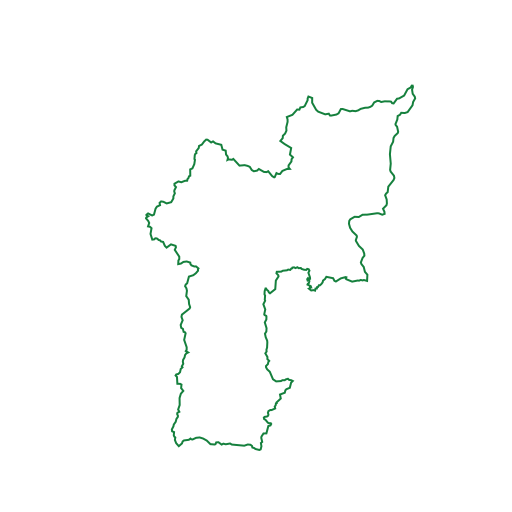 Li, Lamphun, Thailand, rotated 194°
{"feature_id": "78962969B62404267117906", "entity_name": "Li", "entity_type": "district", "adm_level": 2, "iso_a3": "THA", "parent_name": "Thailand", "parent_adm1": "Lamphun", "projection": "orthographic", "projection_center": [98.889, 17.796], "detail": "fine", "context": "isolated", "style": "outline", "palette": "green", "viewbox_px": 512, "rotation_deg": 194, "n_neighbors": 0, "source": "geoboundaries", "source_scale": "gbopen_adm2", "svg_char_len": 6087}
<svg xmlns="http://www.w3.org/2000/svg" viewBox="0 0 512 512"><g transform="rotate(194 256 256)"><path d="M205.8,68.6L204.7,69.5L204.7,72.7L206.0,75.7L205.0,77.1L206.9,80.8L207.0,82.1L205.8,85.6L203.0,86.4L202.9,94.0L201.0,95.1L200.6,96.7L201.2,97.3L203.1,96.9L204.1,97.1L207.1,99.3L208.7,99.8L209.3,101.1L208.7,102.0L206.5,102.9L205.6,104.0L205.6,105.2L206.5,106.7L206.4,108.5L204.9,110.0L203.6,110.3L200.5,112.7L201.4,114.4L200.8,115.9L201.0,117.5L200.3,118.2L200.7,118.8L197.5,123.7L199.2,127.4L195.0,130.3L195.0,132.8L194.3,134.1L191.3,136.3L191.3,141.6L190.1,143.6L191.7,144.0L193.9,143.8L195.3,144.6L197.2,143.5L198.1,142.4L200.3,141.9L201.5,140.7L206.1,139.2L209.7,140.5L214.6,147.0L217.7,148.7L219.3,150.4L219.7,151.6L218.3,154.0L218.4,156.2L217.8,157.4L220.0,158.7L220.5,160.8L223.4,163.8L222.6,165.9L223.2,167.5L223.1,169.8L224.1,174.9L224.7,176.6L226.9,179.5L228.5,182.8L227.7,185.2L228.3,188.5L231.4,193.7L230.6,196.9L231.2,199.7L231.6,200.4L233.4,200.8L233.9,201.4L234.1,206.4L237.2,211.0L236.3,214.8L236.9,215.7L237.6,219.8L238.5,220.9L239.1,224.0L238.9,226.8L238.3,226.9L237.6,226.0L235.6,225.0L234.7,223.8L233.4,223.2L229.3,228.5L230.8,237.0L229.2,241.6L229.7,242.7L232.0,244.2L232.0,245.7L227.8,246.9L226.4,248.2L222.5,249.6L221.5,250.6L219.4,250.8L218.7,252.4L217.9,252.8L217.8,253.6L216.3,254.2L214.8,253.8L213.1,255.1L211.7,254.5L209.6,255.2L208.7,254.5L206.0,254.3L203.8,254.7L203.2,255.9L201.7,255.9L200.6,254.7L201.1,252.4L198.5,248.4L198.0,246.9L198.6,246.4L200.2,247.1L200.7,245.9L200.1,244.9L199.3,246.0L198.1,244.6L198.2,242.4L199.0,241.6L199.1,240.7L195.6,240.0L194.9,238.9L196.1,238.6L195.9,237.7L196.7,237.1L194.1,235.9L192.0,236.8L190.3,236.7L190.4,238.8L189.1,239.2L189.2,240.6L188.3,241.0L187.9,242.8L186.9,243.0L185.8,244.6L185.0,246.5L185.0,248.4L183.5,250.3L182.7,252.8L175.8,253.1L173.9,250.9L172.3,250.6L168.3,254.8L164.0,257.2L163.2,257.2L163.4,255.7L162.7,255.3L156.5,254.4L151.4,256.8L150.0,257.0L148.6,258.1L146.6,258.1L145.5,258.8L142.2,258.7L143.4,264.8L146.5,267.0L148.8,271.4L151.8,273.7L152.7,275.1L152.1,280.0L150.9,282.5L151.6,284.6L154.0,288.1L158.6,290.7L162.6,294.7L163.0,295.5L162.7,299.0L163.3,300.2L168.4,303.1L171.5,306.1L173.6,309.8L174.0,312.6L173.4,314.4L169.8,317.9L165.7,318.7L162.6,321.8L157.9,323.1L148.8,326.8L147.1,327.1L143.5,326.6L141.4,328.0L142.1,330.0L144.2,332.6L141.7,336.8L141.7,338.7L142.9,342.5L145.4,346.2L144.9,348.0L143.7,349.8L144.4,355.3L140.9,363.0L140.6,365.2L141.6,367.3L145.8,370.5L146.7,372.0L147.6,378.2L150.7,387.2L151.8,395.0L150.6,400.0L151.1,403.8L150.5,406.0L148.2,409.6L148.1,410.9L150.4,415.6L152.1,416.8L152.6,417.7L151.9,422.6L152.4,426.1L150.5,427.8L149.7,430.1L146.3,430.7L143.7,432.3L140.6,440.1L140.8,443.5L139.7,447.4L140.5,449.0L143.2,451.3L144.8,455.1L144.6,458.0L145.2,459.2L146.1,459.0L146.7,456.9L149.3,454.5L151.1,447.5L155.3,443.5L157.2,442.7L159.4,437.3L160.9,437.2L162.2,438.4L163.3,438.4L168.6,437.2L171.8,435.7L173.8,436.2L175.8,435.9L178.5,433.6L179.6,430.0L181.1,428.4L183.1,427.1L186.1,426.2L190.0,424.1L192.1,422.0L194.4,420.6L197.7,420.2L199.8,419.1L207.6,419.6L209.2,419.1L210.4,414.4L212.2,412.7L217.1,410.4L218.2,410.2L219.8,411.7L223.1,410.2L230.6,411.1L233.0,412.4L238.6,418.3L239.7,422.9L243.7,423.4L244.0,421.3L243.6,419.7L245.0,413.3L246.2,412.0L248.9,410.9L249.3,408.5L251.5,408.1L254.8,401.8L259.7,398.3L258.4,396.1L257.8,393.8L257.8,388.2L256.8,385.0L257.4,381.8L259.0,379.2L258.6,376.8L260.2,373.5L255.2,371.5L248.0,369.3L247.6,362.6L244.0,360.7L244.9,358.5L244.5,356.3L246.3,351.8L245.9,349.9L244.3,348.7L247.2,347.8L251.0,344.9L252.5,341.4L254.5,341.0L256.2,341.4L256.9,337.1L257.4,336.7L259.6,337.4L264.7,341.2L265.9,340.0L268.6,339.5L274.3,341.1L275.6,339.1L278.6,337.7L280.9,338.4L283.6,341.0L285.9,341.4L289.0,341.4L293.9,339.7L301.5,344.7L302.5,343.6L305.9,343.1L306.9,342.3L306.9,344.3L307.7,345.8L309.6,347.2L310.9,350.9L314.2,351.1L316.6,355.5L322.5,355.5L325.4,356.8L327.0,355.3L331.1,357.1L332.5,356.9L334.0,354.6L335.5,351.0L337.9,349.0L337.7,346.9L339.4,343.1L338.7,341.4L339.6,340.4L339.8,339.1L339.2,335.2L338.5,334.6L338.1,330.2L338.9,325.6L340.8,324.1L339.2,318.0L340.3,317.1L340.4,315.3L341.1,314.0L341.0,312.4L343.1,311.8L346.3,309.5L349.3,309.6L352.6,306.4L352.2,304.8L350.3,303.5L351.1,300.0L350.9,298.7L349.9,297.2L350.6,293.9L350.1,291.8L351.3,287.7L355.4,285.4L359.0,286.2L361.3,286.0L362.4,284.2L361.4,282.1L364.1,279.9L364.9,277.6L365.0,271.5L366.6,270.2L371.0,271.2L372.3,269.5L372.1,269.0L370.2,268.5L371.8,266.7L371.8,265.9L369.1,264.0L367.6,262.2L367.9,258.6L365.9,258.7L364.1,257.7L363.7,251.9L360.6,246.8L358.8,247.5L358.0,248.8L357.2,249.0L355.9,248.9L354.4,248.0L352.9,248.0L351.7,247.1L349.5,247.2L346.9,243.8L344.8,242.5L341.3,246.7L336.5,246.4L335.8,245.2L336.3,242.3L330.3,236.8L329.7,234.4L330.2,232.9L329.5,229.3L327.0,230.5L325.0,232.7L321.9,233.9L318.2,233.7L317.7,232.4L316.4,231.3L313.3,230.9L311.7,231.4L308.8,230.0L309.1,229.0L308.7,227.7L310.2,224.7L312.2,222.2L316.1,219.8L316.2,212.9L317.3,211.3L317.5,209.6L315.7,207.8L314.6,205.6L314.0,200.2L310.7,197.3L309.3,193.2L307.5,190.4L307.7,189.0L313.7,181.2L313.6,178.9L311.6,175.9L312.4,170.9L311.2,168.2L309.3,167.6L307.9,164.9L306.4,164.8L305.6,164.0L305.4,157.2L301.2,150.7L300.6,148.2L301.1,146.8L298.5,146.0L300.1,144.6L300.9,142.7L300.8,140.3L301.6,137.6L301.4,135.7L300.5,133.8L301.3,131.0L300.4,130.2L301.7,128.2L301.6,124.9L302.8,122.8L304.7,121.8L305.1,120.6L303.4,119.5L301.4,113.0L298.6,113.6L297.2,113.2L296.7,109.7L293.9,107.5L295.6,104.2L295.8,99.7L294.0,92.9L294.4,88.2L292.7,86.3L294.3,84.9L294.3,83.6L293.1,82.1L292.9,81.0L293.8,78.7L293.8,75.7L295.0,72.6L294.9,70.7L295.7,67.4L295.0,65.6L292.9,65.3L292.4,62.1L291.6,61.0L290.4,60.4L290.2,57.9L288.2,55.1L284.9,52.8L282.5,56.2L282.3,58.3L281.3,59.6L276.7,61.4L275.4,63.0L274.5,62.5L273.2,62.6L270.1,65.1L266.8,66.3L263.2,66.1L259.1,65.0L254.7,62.4L250.5,63.1L249.8,63.6L249.5,65.5L247.4,66.2L243.7,64.7L242.3,66.0L239.8,66.0L235.8,67.8L233.9,67.2L221.5,69.1L218.4,71.1L215.7,71.5L213.9,70.7L213.2,69.3L211.2,69.2L209.9,68.6L205.8,68.6Z" fill="none" stroke="#15803d" stroke-width="2"/></g></svg>